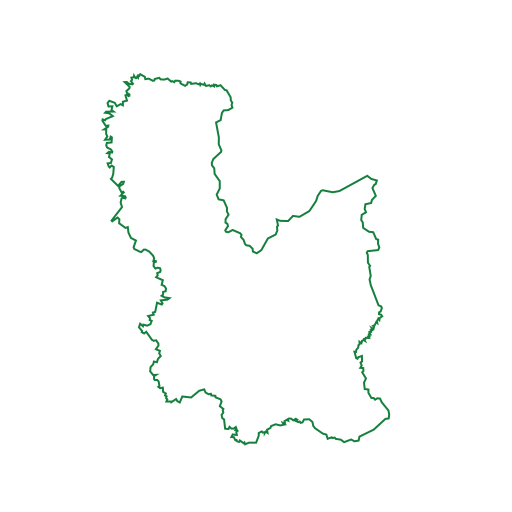 Baray, Kâmpóng Thum, Cambodia (Albers equal-area conic projection), rotated 258°
{"feature_id": "14789045B44673491264626", "entity_name": "Baray", "entity_type": "district", "adm_level": 2, "iso_a3": "KHM", "parent_name": "Cambodia", "parent_adm1": "Kâmpóng Thum", "projection": "albers", "projection_center": [105.123, 12.367], "detail": "fine", "context": "isolated", "style": "outline", "palette": "green", "viewbox_px": 512, "rotation_deg": 258, "n_neighbors": 0, "source": "geoboundaries", "source_scale": "gbopen_adm2", "svg_char_len": 6080}
<svg xmlns="http://www.w3.org/2000/svg" viewBox="0 0 512 512"><g transform="rotate(258 256 256)"><path d="M180.6,368.0L182.3,365.6L203.7,362.2L209.4,362.2L212.7,364.1L221.8,364.5L222.6,365.5L226.2,364.1L233.8,365.6L236.2,365.0L237.5,366.3L236.4,376.7L238.7,378.4L242.7,377.9L246.6,378.9L247.5,377.1L254.9,375.6L256.2,371.6L261.2,366.7L266.5,367.4L269.4,366.4L274.3,368.0L275.9,372.7L279.5,372.1L283.9,373.8L283.9,379.7L286.7,381.0L289.9,385.7L298.3,384.0L301.1,386.5L301.3,387.9L304.7,389.9L307.5,384.7L311.3,381.5L302.2,351.1L302.4,344.3L306.4,335.0L306.2,333.2L301.9,328.8L297.4,326.3L288.9,317.6L285.3,306.7L287.5,300.5L283.5,294.7L285.4,286.9L287.4,283.9L281.2,283.9L280.4,282.7L276.4,282.1L272.9,279.7L270.7,271.3L260.6,262.4L258.5,257.3L261.0,253.9L263.8,254.2L267.3,251.9L268.5,248.7L270.3,247.7L274.4,247.2L277.7,245.2L279.5,246.2L281.5,245.3L286.3,238.6L285.0,233.8L286.0,231.6L287.6,231.3L291.0,234.8L293.5,234.7L295.0,233.1L298.5,234.0L302.0,237.7L305.8,236.8L308.9,237.7L317.2,235.9L319.2,231.2L324.2,230.3L329.6,234.6L336.8,236.1L344.9,232.6L350.5,233.4L353.8,231.8L356.3,232.1L359.7,234.4L365.1,243.5L366.5,244.1L373.1,242.8L379.6,244.3L394.9,244.7L396.3,249.7L403.0,252.4L405.1,254.6L404.5,259.1L406.0,263.8L408.8,263.5L410.9,264.7L413.3,263.7L416.5,264.2L424.2,261.7L424.7,260.2L430.4,256.8L430.1,253.1L431.5,252.8L432.1,251.2L430.9,250.6L432.0,250.1L431.2,249.5L432.0,248.3L431.3,247.0L432.8,245.8L432.7,242.4L435.4,241.5L434.3,240.6L435.7,237.9L434.9,237.1L436.5,237.0L435.9,235.6L437.5,233.2L437.8,228.4L439.3,228.2L440.1,225.3L438.1,224.3L437.2,222.1L439.9,218.7L441.0,217.9L442.3,218.5L443.5,216.7L444.3,213.4L443.0,212.2L444.5,210.4L444.2,209.3L448.0,206.4L447.6,203.2L448.6,199.4L450.4,198.4L450.2,193.8L448.8,193.0L448.8,191.6L451.8,187.9L452.0,184.5L454.4,184.5L457.9,180.5L456.5,179.3L457.0,178.6L455.2,177.9L456.5,177.4L454.9,176.1L455.1,175.1L457.7,174.2L456.3,173.7L456.4,171.2L454.1,171.4L453.0,170.0L450.1,171.5L449.6,170.7L450.7,167.8L453.1,165.7L453.4,163.7L447.7,167.6L446.2,166.9L444.3,163.5L442.5,163.6L440.3,165.8L439.0,165.4L438.9,164.5L440.7,163.4L440.3,161.7L434.8,162.1L434.6,157.9L431.1,157.1L432.7,155.2L431.4,150.9L435.2,149.7L438.3,144.8L436.5,142.6L432.9,142.8L432.3,146.6L428.8,145.0L426.9,146.7L428.3,139.4L427.5,138.2L426.0,142.2L422.6,145.0L421.2,137.7L420.1,136.6L421.5,134.4L420.3,133.9L414.5,136.1L414.3,138.7L413.2,138.3L411.4,133.7L410.9,135.8L406.6,134.8L403.8,135.4L401.1,132.5L400.3,137.1L403.0,138.7L401.9,139.7L397.1,138.3L397.6,133.6L395.3,132.5L393.1,132.9L390.4,136.2L388.0,137.2L387.1,136.7L388.5,133.8L387.5,132.0L386.7,134.3L383.4,132.8L380.4,135.2L377.2,133.4L377.4,130.1L374.2,130.6L373.0,131.3L374.5,133.6L372.6,135.4L366.2,133.5L362.6,131.6L361.6,130.1L353.3,135.6L356.5,139.9L356.1,142.2L354.1,141.0L352.6,137.0L350.9,136.4L345.9,137.8L346.5,139.4L345.7,139.9L343.1,135.9L341.7,140.3L340.4,140.7L339.5,140.1L340.9,137.6L340.1,136.4L336.4,134.7L331.7,135.1L320.7,122.1L319.8,122.6L322.4,128.6L320.3,130.0L316.5,128.9L310.6,134.2L310.9,136.6L305.4,136.1L299.7,137.4L296.1,141.8L290.0,138.1L288.2,138.4L284.1,143.6L283.8,144.8L285.6,147.6L285.2,149.4L282.4,152.6L277.7,155.4L274.8,155.9L272.4,154.6L272.0,156.9L271.2,156.9L271.1,154.8L267.5,153.7L264.6,155.0L265.0,157.4L263.9,159.7L261.6,159.7L260.3,158.9L259.8,155.8L257.5,155.8L256.0,153.9L251.7,159.8L247.4,157.7L245.6,160.2L243.0,161.2L240.3,160.3L240.2,157.7L237.4,157.0L236.7,155.4L234.6,157.8L232.8,162.6L231.7,160.4L232.4,153.7L228.9,154.7L228.1,153.7L230.9,149.5L222.3,145.8L222.1,143.4L219.9,143.8L219.7,138.0L217.3,139.4L215.4,138.7L214.3,140.5L211.3,138.6L210.5,135.0L212.3,131.6L210.8,130.8L213.8,128.6L210.6,126.7L206.3,129.0L205.2,128.4L203.5,130.5L204.7,132.9L195.6,136.8L194.3,138.4L194.3,140.8L190.7,142.3L188.7,142.0L185.6,138.7L183.2,142.3L181.0,141.1L177.9,142.0L175.8,138.8L172.7,137.0L174.0,134.2L171.4,132.9L169.3,129.8L165.2,128.5L161.0,130.6L160.5,133.5L159.7,131.3L156.9,130.7L155.7,131.2L155.3,133.6L153.5,134.7L148.8,134.5L148.3,133.3L146.6,134.7L146.6,137.5L142.5,136.9L140.2,139.2L138.5,138.0L137.3,139.4L135.8,138.5L134.1,139.4L132.3,138.1L131.3,142.8L130.6,142.8L132.7,148.1L130.3,148.9L128.6,151.0L133.9,154.7L131.1,163.1L136.0,172.5L136.3,177.6L132.9,178.3L130.6,181.0L130.6,183.2L128.9,183.3L127.7,187.2L126.2,187.0L123.2,191.5L120.9,192.1L116.6,189.4L113.1,192.3L112.1,191.4L109.7,191.5L107.7,189.3L104.4,189.3L102.8,190.8L93.5,189.9L92.5,193.1L94.4,194.6L92.3,196.0L91.8,198.2L92.9,200.7L89.9,201.1L90.7,200.3L89.9,199.6L88.9,201.3L87.7,200.1L84.9,200.0L86.3,196.1L84.0,194.3L83.4,196.7L80.3,197.4L80.1,198.6L79.2,198.5L77.9,200.1L77.7,201.1L78.9,201.9L75.4,205.0L76.0,205.9L74.1,206.2L74.9,210.3L73.4,217.3L79.6,221.3L82.3,221.9L83.2,225.2L81.9,225.9L81.9,227.8L80.8,227.6L82.2,228.9L80.6,230.5L83.8,230.7L84.8,234.3L86.5,235.4L87.3,240.2L85.2,244.6L85.2,248.0L87.2,247.5L85.6,249.6L88.5,249.5L89.3,251.7L88.2,253.3L89.8,253.2L90.2,254.5L89.6,256.5L87.5,258.3L88.5,261.1L87.2,262.3L86.5,260.5L84.7,262.9L85.0,264.3L83.5,264.9L83.6,266.9L86.1,269.0L85.2,274.2L81.9,276.7L77.9,276.7L75.3,277.9L68.4,284.4L66.7,287.7L62.3,288.1L62.9,292.3L62.1,292.7L62.0,295.2L60.6,295.9L58.7,300.8L55.6,303.4L56.7,310.9L54.3,313.8L54.1,318.0L57.8,319.6L61.7,335.1L69.8,348.8L69.5,352.0L73.5,353.4L77.4,353.4L86.7,348.6L90.7,347.7L91.6,345.2L90.7,342.6L92.6,341.6L93.2,339.3L98.9,337.5L102.0,338.2L103.3,334.7L109.6,335.3L113.4,338.1L120.2,335.7L121.2,337.2L124.1,337.6L124.9,334.8L126.9,336.6L130.1,336.1L130.8,337.8L136.2,338.8L135.7,334.9L134.4,333.9L135.2,332.8L141.9,332.4L141.4,333.9L143.5,334.7L145.1,336.9L147.5,337.7L147.9,338.9L150.6,339.4L148.8,341.0L151.1,342.2L151.3,344.0L150.4,344.9L152.3,344.5L152.2,345.9L153.2,346.3L152.3,349.5L153.9,349.0L153.8,350.4L155.6,350.1L155.4,351.6L157.0,350.9L157.6,352.3L158.3,351.6L159.0,353.9L160.0,353.3L160.1,354.6L161.5,354.2L160.1,355.7L162.4,356.8L163.3,356.0L163.7,357.8L166.3,359.8L165.2,360.7L167.1,360.8L169.4,362.6L167.8,363.4L169.6,364.1L170.8,366.9L172.6,366.2L173.5,364.2L175.3,364.7L175.8,366.4L178.9,368.3L180.6,368.0Z" fill="none" stroke="#15803d" stroke-width="2"/></g></svg>